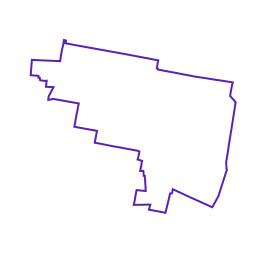 outline of Victoria, Braila, Romania, rotated 187°
{"feature_id": "2599482B65083865075040", "entity_name": "Victoria", "entity_type": "district", "adm_level": 2, "iso_a3": "ROU", "parent_name": "Romania", "parent_adm1": "Braila", "projection": "natural_earth1", "projection_center": [27.658, 44.813], "detail": "fine", "context": "isolated", "style": "outline", "palette": "violet", "viewbox_px": 256, "rotation_deg": 187, "n_neighbors": 0, "source": "geoboundaries", "source_scale": "gbopen_adm2", "svg_char_len": 2529}
<svg xmlns="http://www.w3.org/2000/svg" viewBox="0 0 256 256"><g transform="rotate(187 128 128)"><path d="M106.2,198.8L107.3,198.9L110.8,199.1L115.9,199.5L116.2,199.5L119.1,199.7L120.0,199.7L122.5,199.9L125.7,200.1L130.4,200.4L144.7,201.3L154.2,201.8L168.1,202.6L189.8,203.8L200.4,204.5L200.2,207.2L200.5,207.2L200.8,207.2L201.0,207.3L201.3,207.3L201.6,207.4L201.9,207.5L202.1,207.6L202.3,207.6L202.4,205.5L202.4,203.5L202.8,199.5L203.0,198.4L203.2,195.0L203.4,191.6L203.5,186.1L222.0,184.6L231.7,183.9L231.0,168.5L223.3,168.9L223.0,167.0L221.7,167.1L221.5,166.4L221.1,164.8L220.9,164.6L218.8,164.6L218.4,164.6L218.0,164.6L216.1,164.6L215.6,164.8L214.5,165.0L214.5,163.6L214.5,161.2L214.4,158.9L210.7,159.2L206.9,159.5L207.5,157.9L208.1,156.4L208.4,155.6L208.7,154.8L209.3,153.1L210.0,151.3L210.4,150.2L210.6,149.6L210.6,148.5L210.6,147.8L210.7,146.3L210.6,146.1L208.7,146.7L207.5,147.1L206.8,147.5L206.4,147.7L205.9,147.8L191.9,147.0L180.1,146.4L179.9,146.4L180.4,138.7L180.7,135.3L180.8,133.3L181.0,129.5L181.4,122.7L181.1,122.7L172.9,122.2L158.4,121.4L159.0,113.1L159.1,110.8L159.2,109.9L159.2,109.3L153.2,109.0L149.3,108.7L139.9,108.0L135.2,107.8L130.0,107.5L126.6,107.2L124.3,107.1L122.0,107.0L119.1,106.8L115.9,106.6L115.0,106.5L114.4,106.3L113.8,106.0L114.4,98.1L114.5,97.9L110.0,97.1L110.2,95.3L110.2,92.6L110.3,92.1L110.7,86.9L107.5,87.2L106.5,82.4L105.5,82.5L103.3,71.1L102.8,67.6L108.6,67.5L111.4,67.4L111.9,67.4L112.1,65.3L112.2,63.7L112.5,57.7L112.6,56.0L112.8,53.2L112.9,52.4L109.6,52.9L107.0,53.2L104.2,53.6L102.9,53.8L99.9,54.3L96.5,54.7L97.3,49.5L85.8,48.8L80.5,48.4L79.8,54.3L79.2,59.2L78.2,68.2L76.9,68.4L76.7,68.4L76.5,68.6L76.4,68.9L76.3,69.0L76.1,72.7L66.5,69.6L61.9,68.1L55.2,66.0L34.7,59.6L33.7,62.1L32.8,64.3L31.2,68.3L30.0,71.2L29.8,72.3L29.7,72.7L28.6,78.7L27.4,85.0L26.0,92.2L25.5,95.0L24.7,98.9L25.2,99.3L26.4,106.1L26.1,113.1L25.8,121.2L25.9,121.5L26.0,121.9L26.0,122.1L25.9,122.3L25.7,126.4L25.8,126.5L25.8,126.9L25.7,127.1L25.6,129.8L25.5,131.6L25.4,135.2L25.2,139.1L24.5,160.5L24.3,166.3L24.6,166.3L25.2,167.3L25.2,167.7L25.4,167.9L26.3,168.6L27.7,169.8L30.5,172.2L30.5,173.6L30.4,176.8L30.4,177.6L30.1,180.4L30.1,181.1L29.7,185.4L29.6,186.0L32.3,186.1L34.2,186.2L43.5,186.5L46.0,186.5L51.0,186.7L56.6,186.9L68.6,187.2L71.1,187.4L73.5,187.6L76.5,187.8L80.3,188.0L85.4,188.4L86.6,188.5L88.7,188.6L91.4,188.8L93.3,188.9L94.0,188.9L102.8,189.5L105.3,189.7L105.5,190.4L105.6,190.5L106.1,190.7L106.7,190.7L106.5,195.1L106.3,198.1L106.2,198.8Z" fill="none" stroke="#5b21b6" stroke-width="2"/></g></svg>